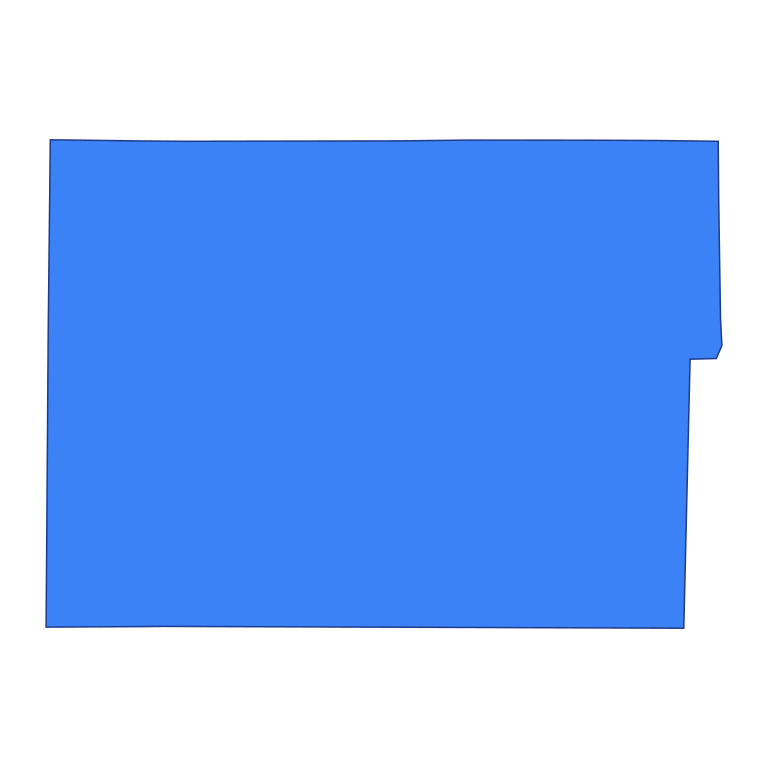 the district of Warren, Pennsylvania, United States of America
{"feature_id": "52423323B37768235748042", "entity_name": "Warren", "entity_type": "district", "adm_level": 2, "iso_a3": "USA", "parent_name": "United States of America", "parent_adm1": "Pennsylvania", "projection": "albers", "projection_center": [-79.218, 41.811], "detail": "fine", "context": "isolated", "style": "filled", "palette": "blue", "viewbox_px": 768, "rotation_deg": 0, "n_neighbors": 0, "source": "geoboundaries", "source_scale": "gbopen_adm2", "svg_char_len": 393}
<svg xmlns="http://www.w3.org/2000/svg" viewBox="0 0 768 768"><path d="M683.8,627.6L690.1,359.2L716.3,358.5L721.9,345.5L720.5,318.4L718.7,200.0L718.2,141.3L656.2,140.5L580.8,140.2L467.5,140.1L398.8,140.9L183.8,141.3L146.7,141.0L120.2,140.7L107.7,140.5L50.3,139.8L48.2,333.3L46.1,627.1L144.0,626.6L162.0,626.4L683.8,628.2L683.8,627.6Z" fill="#3b82f6" stroke="#1e3a8a" stroke-width="1.5"/></svg>